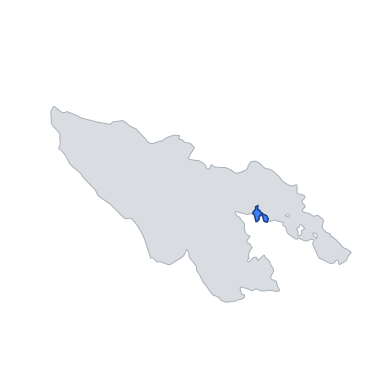 Aravan, Osh, Kyrgyzstan shown in context, rotated 223°
{"feature_id": "92254566B45437421976043", "entity_name": "Aravan", "entity_type": "district", "adm_level": 2, "iso_a3": "KGZ", "parent_name": "Kyrgyzstan", "parent_adm1": "Osh", "projection": "equal_earth", "projection_center": [72.448, 40.46], "detail": "fine", "context": "in_parent", "style": "filled", "palette": "blue", "viewbox_px": 384, "rotation_deg": 223, "n_neighbors": 0, "source": "geoboundaries", "source_scale": "gbopen_adm2", "svg_char_len": 4061}
<svg xmlns="http://www.w3.org/2000/svg" viewBox="0 0 384 384"><g transform="rotate(223 192 192)"><path d="M83.2,228.9L84.1,228.3L87.2,227.7L93.3,227.1L95.4,227.5L99.6,230.1L102.8,229.7L103.4,230.1L104.6,232.2L109.1,229.1L112.3,228.2L113.9,225.0L117.4,221.3L120.4,220.7L120.4,221.3L121.0,221.8L124.0,222.7L124.9,221.7L125.4,220.3L124.4,218.2L124.3,217.3L125.3,215.9L130.1,218.0L131.2,217.9L133.4,216.8L135.4,214.8L136.1,213.2L146.0,208.0L146.7,207.1L146.5,206.4L142.4,205.2L140.5,205.8L138.8,205.8L137.8,205.1L132.8,204.8L131.7,204.3L128.3,200.5L124.2,198.2L122.2,198.3L119.8,199.3L119.1,198.9L118.9,195.3L118.4,193.2L117.0,192.7L115.2,193.6L110.1,192.4L109.5,188.0L107.7,184.1L105.0,182.6L104.9,180.3L104.0,179.3L103.2,179.5L102.2,180.7L102.7,183.3L102.3,185.9L101.7,187.2L100.5,188.1L99.2,188.1L96.9,186.8L96.5,194.7L96.0,195.1L93.3,194.0L91.1,194.5L87.8,194.0L85.4,192.7L80.6,191.3L78.4,189.9L77.0,184.6L75.7,182.7L74.5,182.3L69.4,184.2L64.2,181.0L61.6,180.3L60.9,179.3L61.0,178.1L69.0,172.3L72.2,168.3L74.2,166.6L79.2,164.9L80.3,161.2L80.7,160.8L85.8,159.0L91.5,155.8L91.6,154.9L91.0,154.1L86.0,151.2L83.4,152.6L81.9,150.9L81.9,149.1L83.6,146.1L85.0,144.6L85.7,141.8L87.7,139.9L89.9,136.8L92.4,134.3L97.2,132.5L99.8,133.1L102.3,132.7L106.2,131.1L108.5,131.0L118.4,133.3L121.7,133.4L129.4,136.4L135.4,137.9L138.3,140.8L148.0,142.1L150.7,143.0L151.6,144.3L154.4,146.1L156.7,146.5L154.6,139.6L155.4,135.5L158.4,124.3L160.0,122.6L167.8,119.4L169.6,117.1L175.2,117.1L176.4,116.7L177.0,115.4L194.6,125.2L201.2,127.9L210.4,130.5L218.1,131.3L219.4,130.7L222.5,126.9L223.9,126.7L243.1,127.4L256.8,125.4L258.8,125.5L264.0,127.6L280.2,128.3L286.6,129.7L296.7,129.2L301.0,129.4L308.7,132.2L311.4,132.8L316.5,133.2L318.4,132.8L319.5,133.4L320.7,136.9L325.6,141.3L327.4,143.7L329.2,144.7L338.3,145.4L341.7,146.4L350.3,154.8L351.6,159.7L350.8,160.7L341.9,161.4L340.0,162.1L338.0,165.7L326.2,170.2L324.5,170.1L308.8,178.6L298.0,185.7L297.7,189.1L291.4,197.0L286.6,197.9L282.5,197.7L275.8,200.1L267.1,199.3L264.1,199.4L258.4,198.3L256.2,198.9L253.8,200.5L250.5,206.8L249.2,208.2L248.6,209.7L248.1,212.7L246.9,215.9L244.2,220.8L241.8,223.1L239.5,224.6L237.7,221.6L234.8,223.6L232.0,223.2L230.4,223.8L226.5,226.4L220.9,226.3L220.2,225.5L219.0,218.3L217.9,214.9L217.1,214.1L216.1,214.0L208.0,219.7L204.3,220.7L201.2,220.8L197.1,219.2L196.2,219.6L195.5,220.5L195.2,221.7L196.5,224.8L196.1,225.5L194.3,225.4L191.8,226.2L184.0,232.8L179.1,234.5L174.5,235.2L171.8,236.4L170.2,238.9L167.2,245.8L167.4,247.2L168.7,249.1L169.6,253.2L169.4,254.3L167.0,257.7L163.8,258.8L161.4,259.3L156.6,258.8L154.2,259.5L149.7,262.2L146.1,262.6L139.1,262.7L132.3,261.7L130.0,262.1L124.0,263.6L121.9,266.1L120.8,268.3L120.2,268.6L117.8,266.6L114.8,263.0L113.2,263.1L107.8,266.0L107.0,265.9L105.4,264.8L105.6,260.3L103.9,259.4L100.2,259.1L98.9,258.1L99.4,255.2L99.0,254.2L98.0,253.3L96.1,253.5L92.2,256.0L87.7,256.8L86.1,257.6L84.3,260.7L78.3,261.4L76.3,260.7L72.7,254.8L69.6,254.0L66.4,254.2L62.1,255.7L61.0,254.4L59.9,254.1L58.9,255.1L53.6,255.3L48.2,255.1L45.1,254.4L43.1,254.5L39.1,256.1L34.3,256.4L33.9,250.9L32.4,247.3L34.0,241.2L34.8,239.3L38.4,241.5L39.7,241.2L40.1,240.0L39.6,237.3L41.4,234.3L54.2,230.3L68.3,236.2L70.1,240.0L71.4,239.8L73.3,238.1L74.0,234.9L76.7,233.0L82.8,230.9L83.2,228.9ZM90.3,242.2L90.6,241.7L89.6,238.9L91.0,236.2L88.1,235.8L86.7,235.0L85.1,232.4L84.5,232.2L83.7,233.0L83.2,234.7L83.6,236.6L85.6,238.4L84.6,242.1L88.9,242.6L90.3,242.2ZM75.5,244.8L75.5,244.0L74.5,243.6L69.2,242.6L69.3,243.3L71.4,246.1L72.9,246.3L75.5,244.8ZM107.1,240.0L107.4,238.3L104.2,239.3L103.9,240.1L104.9,241.2L106.3,241.6L107.1,240.0Z" fill="#d9dde1" stroke="#a8b0b8" stroke-width="1"/><path d="M133.1,217.8L131.5,217.9L130.9,217.8L125.0,214.0L124.2,214.8L124.3,217.8L126.0,219.4L126.3,221.0L125.8,222.8L124.5,222.7L122.7,221.8L119.8,219.9L117.8,220.2L116.5,221.2L117.8,224.3L121.5,225.6L123.2,224.9L123.6,224.7L124.8,224.3L126.6,224.5L128.1,223.9L129.7,224.7L132.0,224.1L134.6,226.9L135.4,224.4L133.9,223.2L133.6,219.4L133.1,217.8Z" fill="#3b82f6" stroke="#1e3a8a" stroke-width="1.5"/></g></svg>